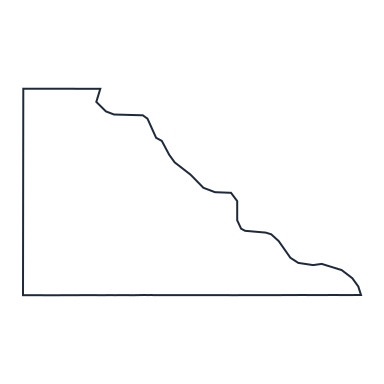 Gregory, South Dakota, United States of America (Natural Earth projection)
{"feature_id": "52423323B73461456201611", "entity_name": "Gregory", "entity_type": "district", "adm_level": 2, "iso_a3": "USA", "parent_name": "United States of America", "parent_adm1": "South Dakota", "projection": "natural_earth1", "projection_center": [-99.031, 43.249], "detail": "fine", "context": "isolated", "style": "outline", "palette": "slate", "viewbox_px": 384, "rotation_deg": 0, "n_neighbors": 0, "source": "geoboundaries", "source_scale": "gbopen_adm2", "svg_char_len": 903}
<svg xmlns="http://www.w3.org/2000/svg" viewBox="0 0 384 384"><path d="M23.3,88.7L23.0,295.2L36.0,295.2L37.2,295.2L42.5,295.2L43.5,295.3L68.2,295.2L75.2,295.2L76.2,295.2L77.0,295.2L84.0,295.1L103.3,295.2L111.6,295.1L114.3,295.2L120.8,295.1L133.6,295.2L144.7,295.0L148.0,295.1L151.9,295.0L153.0,295.1L170.6,295.1L171.2,295.1L190.0,295.1L197.2,295.1L209.7,295.1L223.7,295.1L228.9,295.1L230.0,295.2L254.8,295.1L262.2,295.1L274.2,295.1L281.4,295.1L306.4,295.0L307.1,295.1L338.0,295.0L339.3,295.1L361.0,295.0L358.3,286.5L352.3,278.2L341.7,270.1L321.7,263.9L313.1,265.1L298.3,262.9L290.4,257.8L278.7,241.1L271.2,234.3L265.7,232.6L245.1,230.8L241.1,228.7L237.2,220.3L237.2,201.1L231.0,192.8L215.0,192.2L203.4,187.8L190.7,174.8L174.7,162.4L169.2,154.8L161.8,140.9L156.1,137.8L147.5,118.7L142.8,115.3L114.0,114.5L105.9,111.4L96.3,101.9L100.3,88.8L23.3,88.7Z" fill="none" stroke="#1e293b" stroke-width="2"/></svg>